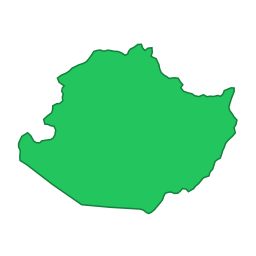 the district of Miracema, Rio de Janeiro, Brazil, rotated 3°
{"feature_id": "56859067B79621810451364", "entity_name": "Miracema", "entity_type": "district", "adm_level": 2, "iso_a3": "BRA", "parent_name": "Brazil", "parent_adm1": "Rio de Janeiro", "projection": "robinson", "projection_center": [-42.142, -21.39], "detail": "fine", "context": "isolated", "style": "filled", "palette": "green", "viewbox_px": 256, "rotation_deg": 3, "n_neighbors": 0, "source": "geoboundaries", "source_scale": "gbopen_adm2", "svg_char_len": 1946}
<svg xmlns="http://www.w3.org/2000/svg" viewBox="0 0 256 256"><g transform="rotate(3 128 128)"><path d="M54.9,81.8L56.8,85.9L62.1,89.3L60.3,91.5L59.9,94.7L61.6,97.5L60.8,100.3L61.4,104.4L58.5,107.1L55.6,107.4L51.7,109.8L51.7,114.1L50.8,117.0L47.6,119.5L43.3,123.8L44.8,128.5L48.0,128.6L51.1,129.9L53.9,130.0L55.9,133.6L55.5,138.3L53.9,141.8L51.6,143.5L42.6,145.3L40.7,147.4L37.3,147.5L34.5,145.9L31.3,140.8L28.0,138.0L22.4,141.9L20.7,146.0L19.6,149.0L19.7,152.6L21.6,156.1L21.5,163.0L21.9,166.1L28.8,169.9L55.2,188.1L59.7,190.9L85.7,207.0L90.6,207.2L114.2,208.1L144.0,208.3L147.5,209.1L150.6,211.3L153.0,212.3L155.5,211.1L158.6,208.3L162.3,203.4L164.4,200.6L166.3,197.7L167.2,194.3L168.7,191.2L171.9,190.0L174.4,189.7L177.7,190.9L181.1,190.5L183.5,188.4L185.5,185.7L189.2,185.9L191.6,188.4L193.8,187.0L196.6,185.3L198.6,182.4L201.4,179.9L203.6,176.9L205.8,173.9L208.8,172.6L211.3,171.7L212.2,167.8L214.7,164.7L215.9,160.2L216.7,156.9L219.0,154.8L221.7,153.3L222.8,149.6L223.8,145.4L225.3,141.9L226.0,138.8L227.5,136.5L229.6,133.9L232.7,130.8L235.4,127.3L233.9,122.2L235.6,118.9L236.4,114.4L233.2,111.2L230.9,107.9L228.9,105.5L227.6,102.2L228.6,97.5L229.6,93.4L230.9,89.6L232.1,86.1L231.9,82.5L228.8,82.5L225.8,83.9L222.2,85.6L221.0,89.3L218.7,91.5L215.9,90.8L212.1,92.0L208.1,92.0L205.2,92.6L201.6,90.8L197.2,92.9L193.0,92.3L189.9,90.4L185.8,89.7L181.4,88.3L178.6,85.0L180.5,81.9L177.9,79.2L175.5,75.7L172.7,75.4L169.8,75.7L166.5,76.4L164.1,74.8L161.2,73.3L158.2,70.8L156.5,67.2L155.5,63.0L154.1,60.5L152.5,57.3L149.6,56.3L147.3,55.1L148.3,51.3L147.7,46.6L143.9,47.2L140.7,49.7L138.3,47.1L137.0,43.7L133.3,44.1L129.7,47.2L126.4,48.9L124.7,51.2L123.7,54.3L121.1,55.5L118.1,53.5L114.1,52.1L110.0,52.1L106.7,51.6L103.7,51.3L100.0,52.6L96.2,51.6L93.3,52.1L89.9,53.3L87.6,57.4L85.1,61.2L83.1,63.8L80.5,65.6L77.7,66.7L75.4,67.6L72.6,69.2L69.1,71.1L66.6,74.0L63.4,76.4L58.6,78.8L54.9,81.8Z" fill="#22c55e" stroke="#15803d" stroke-width="1.5"/></g></svg>